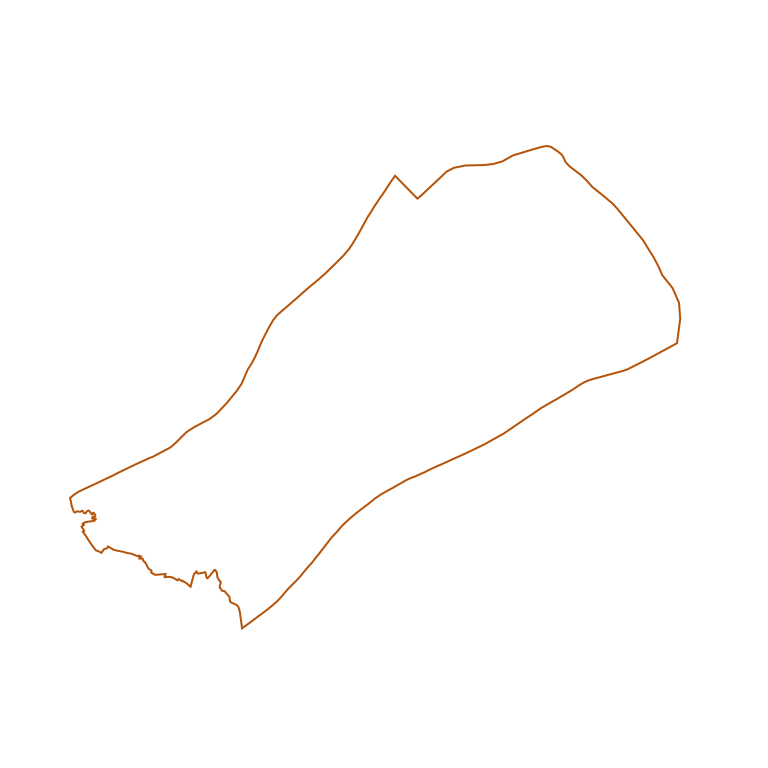 Thanh Phu, Bến Tre, Vietnam, rotated 286°
{"feature_id": "81297802B66468397901634", "entity_name": "Thanh Phu", "entity_type": "district", "adm_level": 2, "iso_a3": "VNM", "parent_name": "Vietnam", "parent_adm1": "Bến Tre", "projection": "mercator", "projection_center": [106.488, 9.931], "detail": "fine", "context": "isolated", "style": "outline", "palette": "amber", "viewbox_px": 768, "rotation_deg": 286, "n_neighbors": 0, "source": "geoboundaries", "source_scale": "gbopen_adm2", "svg_char_len": 6142}
<svg xmlns="http://www.w3.org/2000/svg" viewBox="0 0 768 768"><g transform="rotate(286 384 384)"><path d="M272.2,201.2L266.3,197.7L263.4,195.4L256.5,188.2L250.0,181.5L248.5,179.3L238.9,168.1L225.8,153.4L220.3,147.5L211.7,137.7L204.7,129.7L200.7,125.1L198.4,122.5L195.8,119.6L191.9,116.4L187.9,113.6L185.7,114.9L180.4,117.6L176.9,120.2L176.0,120.7L175.6,121.2L175.3,121.7L175.3,122.1L175.4,122.5L175.9,123.1L176.7,123.7L177.0,124.1L177.2,124.5L177.2,125.3L177.2,126.3L177.3,126.7L177.5,127.2L178.8,128.6L178.9,128.9L178.9,129.2L178.7,129.7L178.3,130.1L177.8,130.5L177.3,130.9L177.3,131.2L177.3,131.7L177.3,132.2L177.4,132.4L177.7,132.8L178.1,133.0L179.4,133.4L179.9,133.6L180.5,134.1L180.7,134.5L180.9,134.9L180.9,135.4L180.8,135.7L180.4,136.1L180.1,136.5L179.8,137.0L179.0,138.0L178.2,138.8L178.1,139.2L178.1,139.5L178.4,139.7L179.9,139.9L180.1,140.2L180.0,140.5L179.4,141.4L178.5,142.5L177.9,142.8L177.6,142.8L177.1,142.5L176.6,142.1L176.3,141.3L175.9,140.7L175.3,140.5L174.6,140.4L174.2,140.6L174.2,141.0L174.4,141.4L174.4,142.0L174.4,142.3L174.4,142.6L174.5,143.0L174.9,143.2L175.2,143.4L175.2,143.6L175.1,143.9L174.7,144.2L173.5,143.6L173.0,143.4L172.8,143.3L172.5,143.0L170.3,138.0L168.1,134.0L167.7,133.7L166.7,132.8L166.2,133.1L166.5,133.7L165.9,134.3L163.5,132.6L160.3,136.2L158.9,135.2L158.1,136.4L155.7,139.4L150.4,145.4L144.8,152.7L144.6,154.0L144.6,155.4L143.8,158.9L148.1,160.4L148.4,160.8L148.6,161.1L148.9,162.0L149.3,162.5L149.9,163.0L150.4,163.2L151.0,163.3L151.7,163.4L151.2,165.5L151.0,166.5L150.6,168.1L150.2,169.3L150.1,170.8L150.2,172.3L150.5,176.5L150.8,179.1L150.8,180.2L150.8,183.6L151.0,185.6L151.2,187.0L151.2,188.5L151.0,190.5L150.5,195.4L151.4,195.7L151.3,197.9L148.9,197.1L149.6,200.1L148.7,200.7L147.9,201.2L147.6,201.5L147.3,202.1L146.9,203.1L145.8,204.5L144.7,205.7L144.2,206.1L143.9,206.2L142.7,207.5L141.8,208.4L141.5,208.7L140.8,211.2L140.3,212.0L140.0,212.1L138.6,212.1L138.0,214.5L137.5,216.8L141.1,226.2L137.9,226.3L138.0,227.3L138.8,228.0L138.8,228.5L139.4,230.8L139.6,232.0L139.7,233.4L139.7,234.3L139.2,236.3L138.3,239.7L139.9,240.3L139.6,241.4L138.8,244.4L139.3,244.6L138.7,246.9L137.9,249.4L137.3,250.8L135.8,253.9L138.1,253.9L145.4,253.7L148.8,253.8L152.1,255.3L151.4,256.2L150.5,257.1L150.5,257.4L151.1,258.9L151.5,259.7L152.1,261.2L152.3,261.5L152.5,261.6L153.8,263.9L153.7,264.2L153.3,264.6L152.2,265.0L150.4,265.9L149.6,266.5L148.9,267.0L148.6,267.4L148.6,267.8L148.8,268.0L150.5,268.9L153.1,270.0L154.7,270.5L155.6,271.1L156.6,271.6L157.2,271.7L157.6,271.7L158.0,271.9L158.5,272.2L158.6,272.4L158.6,273.2L158.5,273.4L157.8,273.9L157.5,274.2L157.3,274.8L157.0,275.0L156.7,275.3L156.1,275.6L155.4,275.9L154.8,276.0L154.4,276.2L153.8,276.6L153.3,276.8L152.8,276.9L152.3,277.2L151.6,277.9L150.0,279.5L149.6,279.9L149.4,280.3L149.3,280.7L149.1,281.2L148.9,281.4L148.6,281.6L148.4,281.7L148.0,281.7L147.5,281.9L146.0,281.7L143.8,281.9L143.4,282.1L142.7,282.6L142.4,283.0L142.3,283.5L142.1,283.8L141.8,284.2L141.4,284.5L140.8,284.8L140.6,285.4L140.7,286.4L140.9,287.6L140.6,288.4L140.3,288.9L139.7,289.4L139.2,290.3L138.8,291.3L138.2,291.8L137.9,292.2L137.7,292.7L137.3,293.5L137.0,293.9L136.8,294.2L135.7,294.6L134.5,295.1L133.5,295.5L132.8,295.9L132.5,296.0L132.1,296.5L131.8,297.3L131.6,298.8L131.5,300.2L131.2,301.9L130.9,303.3L130.0,304.9L129.4,305.6L128.0,306.6L124.8,308.4L121.9,309.7L110.0,314.9L116.6,320.0L122.3,324.4L126.9,327.8L128.1,328.8L132.7,332.3L134.6,333.8L140.8,338.0L146.4,341.6L152.3,344.5L158.4,347.3L160.1,348.0L166.1,351.3L170.9,354.0L175.7,356.4L180.8,358.6L187.6,361.6L192.5,364.1L198.2,366.3L203.3,368.5L221.8,375.8L227.5,378.8L236.8,383.1L246.2,388.8L247.6,389.7L250.1,391.5L252.5,393.1L254.7,394.7L259.2,398.1L259.9,398.6L261.7,399.9L263.5,401.3L265.9,403.0L268.6,405.0L271.4,406.8L273.6,408.7L276.1,410.8L278.0,412.4L280.5,414.9L288.1,422.6L291.4,425.7L294.3,428.6L297.5,431.6L300.4,435.0L301.4,436.2L304.0,439.8L305.5,441.4L306.2,442.4L307.1,443.4L308.1,444.5L309.0,445.6L309.7,446.5L310.5,447.5L311.4,448.4L312.7,449.7L314.7,452.0L315.8,453.3L316.6,454.1L318.0,455.9L319.1,457.1L319.9,458.0L321.0,459.4L321.7,460.3L322.8,461.6L323.5,462.4L341.1,483.1L353.9,497.4L369.9,513.2L374.9,517.3L376.0,518.3L378.0,519.9L381.4,522.7L383.5,524.5L384.4,525.2L385.7,526.3L386.7,527.1L388.0,528.2L389.0,529.0L390.3,530.1L391.2,530.9L392.4,531.9L393.3,532.7L394.5,533.7L397.4,536.2L398.3,536.8L399.2,537.6L400.0,538.3L401.2,539.2L402.0,539.9L404.1,541.6L406.8,544.2L408.7,546.0L409.6,546.9L410.7,547.9L414.5,551.6L415.4,552.6L416.1,553.3L418.0,555.1L419.0,556.0L421.1,558.0L422.1,558.9L423.0,559.9L423.9,560.8L426.2,562.8L427.3,563.8L429.1,565.5L430.2,566.6L437.2,572.4L439.9,575.1L440.7,575.8L442.1,577.4L443.6,579.4L445.0,581.3L447.5,585.3L451.4,591.8L459.5,605.2L460.9,607.5L463.0,610.9L464.3,612.6L465.4,614.2L466.9,615.8L469.6,618.7L472.6,622.0L481.7,631.7L504.0,654.4L528.2,650.8L543.4,645.2L555.7,635.0L565.3,621.5L572.1,615.9L580.4,608.0L585.6,602.1L593.3,593.8L600.7,583.2L616.7,560.1L620.3,554.3L624.6,544.7L630.9,529.8L635.3,522.9L638.9,516.3L644.5,502.1L647.3,497.4L650.4,494.8L653.3,492.0L655.5,486.9L658.0,479.0L657.6,474.5L654.3,468.3L639.1,444.7L630.5,436.3L625.3,427.8L621.6,418.5L616.9,403.4L616.4,401.9L611.2,391.8L605.8,385.9L593.5,378.6L575.6,367.9L571.4,365.0L587.2,337.2L585.6,336.7L582.2,335.5L578.8,334.4L575.4,333.3L572.3,332.4L570.9,331.9L568.8,331.3L567.2,330.8L565.4,330.2L564.1,329.7L563.0,329.2L561.5,328.8L558.7,327.9L557.2,327.5L555.6,327.0L554.5,326.5L553.5,326.2L551.9,325.7L550.5,325.4L548.9,324.9L547.6,324.5L545.9,324.1L544.5,323.7L543.4,323.4L541.9,322.8L539.4,322.1L536.2,321.5L533.1,320.7L531.6,320.4L526.5,319.3L518.8,317.4L509.7,315.0L503.4,312.9L495.9,309.4L486.1,304.0L479.8,300.3L474.9,297.6L466.7,292.4L454.3,283.9L442.1,276.2L426.5,266.0L420.6,262.2L417.8,261.0L414.7,259.8L411.7,259.1L407.3,257.9L399.3,256.3L392.3,254.9L386.7,254.2L380.4,253.5L372.7,252.3L366.4,250.9L360.7,249.1L357.2,248.6L351.6,247.9L344.8,247.0L336.4,244.2L321.7,237.8L309.1,231.2L301.8,225.6L295.8,219.1L294.9,218.3L290.5,213.7L287.6,211.1L284.9,208.7L282.8,207.1L279.9,205.5L277.0,203.8L272.2,201.2Z" fill="none" stroke="#b45309" stroke-width="2"/></g></svg>